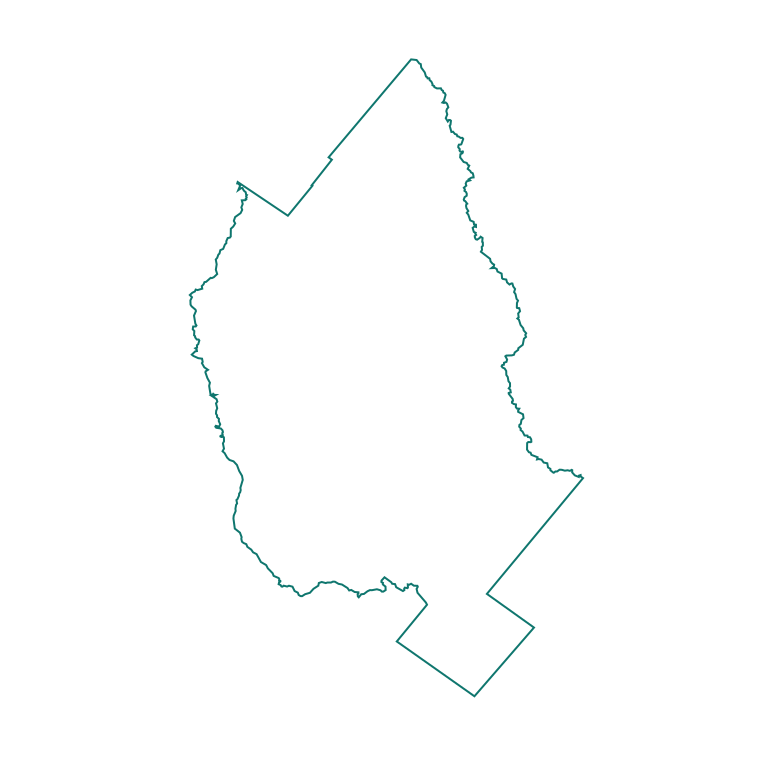 Saladillo, Buenos Aires, Argentina, rotated 264°
{"feature_id": "61730980B83409300845185", "entity_name": "Saladillo", "entity_type": "district", "adm_level": 2, "iso_a3": "ARG", "parent_name": "Argentina", "parent_adm1": "Buenos Aires", "projection": "equal_earth", "projection_center": [-59.628, -35.682], "detail": "fine", "context": "isolated", "style": "outline", "palette": "teal", "viewbox_px": 768, "rotation_deg": 264, "n_neighbors": 0, "source": "geoboundaries", "source_scale": "gbopen_adm2", "svg_char_len": 6165}
<svg xmlns="http://www.w3.org/2000/svg" viewBox="0 0 768 768"><g transform="rotate(264 384 384)"><path d="M704.0,444.9L615.2,352.6L612.5,355.6L589.1,332.8L588.6,333.5L561.4,306.0L600.2,259.6L598.8,259.0L598.5,260.0L596.4,261.7L592.0,259.3L593.7,262.4L593.7,263.7L591.0,264.8L589.2,266.5L586.5,266.7L586.2,267.4L585.0,266.5L583.7,266.9L582.7,265.9L582.0,266.3L581.3,265.2L581.5,261.8L577.8,262.3L574.6,260.6L572.0,261.2L568.9,259.2L565.6,253.4L561.9,251.7L559.2,252.8L556.3,250.5L554.4,247.9L546.7,247.0L545.7,246.0L545.5,243.8L542.5,242.1L540.5,241.9L539.4,240.4L535.2,238.2L534.2,235.2L530.9,234.0L530.0,232.8L526.9,231.3L525.4,229.7L520.5,230.1L515.2,228.7L510.8,229.6L508.0,225.9L507.3,223.8L507.7,222.7L504.2,217.8L504.1,216.1L501.9,214.9L500.4,213.0L497.8,213.2L496.9,208.4L497.6,206.6L495.8,205.6L494.8,202.9L492.8,200.2L490.4,202.1L487.4,200.2L483.1,199.9L481.3,200.8L477.6,204.3L476.2,204.6L471.9,202.2L463.7,202.7L461.8,203.6L460.9,202.8L461.1,200.2L458.4,199.5L456.5,200.9L452.3,200.2L451.3,201.1L450.0,201.1L447.8,202.5L447.6,204.3L446.6,204.9L443.0,203.4L442.1,202.0L439.8,201.9L439.2,200.1L438.0,201.3L436.3,201.4L436.2,199.7L433.3,195.9L431.8,197.4L429.1,202.0L428.2,205.7L424.9,206.0L423.8,205.1L419.4,207.0L416.5,210.4L415.2,207.9L414.2,207.6L408.3,209.0L403.5,211.0L400.4,209.9L391.8,210.4L391.2,212.3L392.1,213.1L390.9,214.2L390.7,215.6L390.1,214.2L390.6,213.0L390.5,211.0L386.4,215.9L383.9,216.4L382.3,214.9L377.3,215.6L374.9,214.3L372.0,213.8L370.3,214.7L368.6,214.5L366.6,216.2L364.4,215.8L361.1,216.9L358.8,215.5L360.0,212.4L359.2,211.8L358.0,212.6L356.8,217.1L354.9,218.5L353.0,218.8L352.1,218.0L350.2,218.3L349.5,216.0L348.9,215.8L348.3,216.7L348.3,218.6L347.7,219.2L343.7,218.9L341.8,217.6L336.4,218.1L334.0,216.4L331.9,218.3L327.2,220.3L324.6,222.4L322.8,226.3L318.8,229.3L312.6,230.9L307.5,233.2L303.4,233.5L295.7,230.3L293.5,230.4L291.3,229.6L290.2,228.5L288.1,228.1L284.8,226.2L284.0,225.1L280.5,225.4L279.3,224.3L275.4,223.2L273.2,223.2L268.8,220.8L266.0,220.2L255.8,220.5L251.2,225.2L246.6,226.4L244.9,225.9L242.0,226.3L240.5,227.8L239.1,230.3L236.3,231.1L233.1,234.7L230.3,236.2L228.1,239.5L219.8,243.0L216.2,247.9L212.8,249.2L207.4,253.5L204.7,254.2L202.0,259.0L200.9,259.5L199.4,259.1L199.0,260.3L198.4,260.3L197.4,258.8L195.9,258.3L194.9,260.1L193.3,260.9L193.1,261.9L193.9,263.1L192.7,266.5L193.3,268.4L192.0,271.8L187.4,273.5L185.5,276.5L183.1,277.1L181.8,278.8L181.6,280.4L183.2,283.6L184.1,288.5L187.7,292.5L190.3,297.6L192.9,298.4L193.6,301.4L192.1,305.3L192.5,307.0L192.1,310.5L192.8,312.6L192.5,314.5L190.0,317.9L189.0,321.2L184.9,326.4L182.3,327.8L182.6,329.9L180.2,333.1L179.5,336.8L178.5,336.7L177.7,335.8L175.5,335.8L174.5,336.6L177.3,339.4L177.3,342.1L179.6,345.9L180.5,348.5L180.2,350.4L180.6,355.5L179.2,359.0L177.8,360.1L177.6,361.6L178.9,364.1L182.4,364.3L184.3,362.3L185.3,361.8L186.3,362.2L187.4,360.7L188.8,361.0L191.7,364.3L186.1,370.5L184.5,371.2L183.8,374.1L180.6,374.9L176.1,381.2L176.9,382.7L178.4,382.7L179.3,383.4L178.5,386.0L179.0,386.5L182.2,386.7L181.7,388.0L182.5,390.1L180.3,392.6L179.8,396.1L178.8,396.4L176.8,395.0L172.9,395.5L162.3,402.8L160.0,403.7L126.6,369.8L64.0,441.3L126.1,507.7L164.5,464.4L269.6,572.1L271.4,570.0L272.9,570.0L272.5,568.3L271.2,568.0L273.2,564.2L276.4,561.9L278.6,562.2L279.0,561.7L278.2,559.8L279.0,557.6L278.9,554.8L280.1,551.8L280.4,549.6L278.9,547.0L279.1,545.3L278.0,543.6L278.2,543.1L280.8,540.5L282.2,540.6L283.9,538.4L288.1,538.1L289.2,534.6L292.3,532.8L293.2,530.1L293.0,528.3L295.1,529.1L298.1,523.2L300.4,522.6L301.0,521.0L303.8,519.4L310.3,520.2L311.2,521.4L310.8,523.9L311.1,524.5L313.6,524.6L315.8,523.6L316.2,521.6L317.7,521.3L318.1,518.4L322.2,516.8L324.0,515.0L325.4,515.4L327.4,514.0L329.2,514.4L330.1,515.9L333.8,516.9L335.5,519.2L339.3,519.1L342.3,514.5L343.5,514.6L345.3,515.9L345.7,513.6L347.3,512.7L349.9,513.1L350.5,511.0L351.9,509.3L353.2,509.5L353.8,510.5L355.7,510.4L361.3,507.0L362.1,507.1L362.4,509.2L365.2,509.0L366.6,507.6L368.3,509.1L371.7,509.4L373.7,508.1L378.0,507.8L380.2,506.6L384.2,506.9L386.8,505.6L388.0,503.6L389.4,502.8L390.5,503.6L390.6,505.2L392.6,505.6L393.2,508.1L395.5,509.0L398.9,507.6L399.5,508.6L399.1,514.1L399.5,516.3L401.7,517.3L403.9,521.0L405.5,521.3L408.5,526.1L414.4,527.9L416.0,530.2L418.0,529.6L419.6,530.7L422.7,528.5L424.9,528.3L428.4,526.0L433.8,524.9L435.2,523.5L436.2,524.9L440.1,524.8L442.2,526.9L445.3,526.4L445.7,524.3L446.2,524.1L450.7,524.7L452.9,526.0L454.9,524.7L459.6,524.2L461.8,523.0L464.8,524.3L467.5,522.7L470.5,522.2L470.7,521.2L469.8,519.2L472.2,517.0L475.1,516.5L476.0,513.3L476.8,512.5L481.5,512.5L484.0,508.6L486.6,508.1L487.8,506.3L488.0,503.0L489.7,505.6L491.2,506.0L492.4,504.4L494.8,502.8L497.4,502.6L505.4,494.2L507.1,495.5L510.1,495.5L511.2,496.8L514.6,497.1L515.1,496.5L518.9,497.3L520.4,495.5L519.3,494.5L517.8,491.7L518.4,490.4L520.2,489.7L521.7,489.7L522.6,491.2L524.0,490.5L524.8,491.0L525.9,489.2L530.0,488.5L531.2,490.4L530.6,491.9L532.8,492.1L533.3,490.2L535.9,490.1L537.7,486.9L543.7,485.5L545.6,484.2L547.2,485.9L550.3,484.4L552.5,484.2L554.2,484.7L554.6,485.6L557.4,483.9L558.1,482.8L559.1,482.6L561.4,483.7L562.6,485.9L564.5,486.2L566.3,485.7L567.7,484.2L569.1,484.8L570.8,483.9L572.7,486.6L574.8,486.2L576.9,487.4L577.5,490.8L578.7,489.6L580.1,492.5L580.1,494.7L581.9,494.7L584.3,494.3L585.4,492.6L586.8,492.1L589.2,489.7L592.3,491.6L593.2,490.3L595.2,489.4L596.5,486.4L601.4,483.4L604.5,484.0L605.3,486.1L606.6,486.8L607.1,486.6L606.8,485.0L607.2,484.1L608.3,483.5L609.7,483.9L611.6,482.6L612.9,482.8L614.2,483.5L614.1,485.5L614.6,486.1L619.4,488.4L620.6,487.7L620.8,485.8L622.4,484.0L622.7,482.8L624.5,482.4L625.2,480.7L627.7,479.0L627.6,477.4L634.0,476.3L634.9,477.2L638.8,478.1L639.5,477.5L639.8,476.2L638.4,474.9L641.9,473.2L645.5,475.1L648.8,474.5L650.9,475.3L652.4,476.9L656.1,476.0L657.6,474.7L657.2,473.0L657.8,471.5L659.4,473.2L665.1,475.5L666.8,474.9L667.7,473.5L669.5,473.3L670.3,472.1L672.1,471.5L672.4,467.6L674.0,465.1L675.1,465.0L676.1,463.4L677.2,463.6L679.8,462.7L681.4,461.2L683.3,461.0L683.4,459.3L684.5,459.1L685.4,457.9L689.6,457.1L694.8,454.1L698.3,454.0L699.1,452.6L702.8,450.3L704.0,444.9Z" fill="none" stroke="#0f766e" stroke-width="2"/></g></svg>